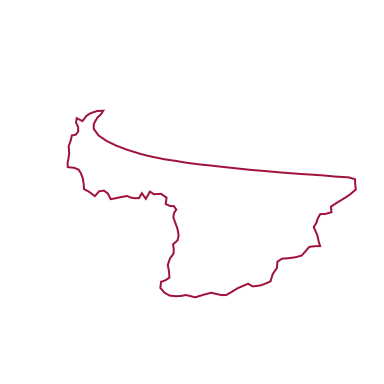 the district of Praia Grande, São Paulo, Brazil, rotated 213°
{"feature_id": "56859067B11159751681526", "entity_name": "Praia Grande", "entity_type": "district", "adm_level": 2, "iso_a3": "BRA", "parent_name": "Brazil", "parent_adm1": "São Paulo", "projection": "robinson", "projection_center": [-46.504, -24.018], "detail": "fine", "context": "isolated", "style": "outline", "palette": "rose", "viewbox_px": 384, "rotation_deg": 213, "n_neighbors": 0, "source": "geoboundaries", "source_scale": "gbopen_adm2", "svg_char_len": 1767}
<svg xmlns="http://www.w3.org/2000/svg" viewBox="0 0 384 384"><g transform="rotate(213 192 192)"><path d="M62.2,291.5L68.8,289.5L80.0,283.1L90.0,277.9L99.6,272.6L110.5,266.4L119.6,261.4L130.5,255.5L143.4,248.7L153.7,243.1L165.5,237.1L177.3,231.1L188.3,225.6L193.0,223.2L198.6,220.3L209.2,215.1L215.1,212.4L220.8,210.0L232.6,204.6L244.4,199.9L249.7,198.0L255.9,195.9L269.7,192.0L280.9,189.6L291.2,188.3L301.0,188.5L308.8,191.4L311.4,195.5L311.9,202.6L310.7,207.4L310.7,211.8L315.4,208.5L318.0,205.4L320.4,202.1L322.0,198.2L322.5,191.8L328.9,191.1L327.0,187.0L323.0,184.6L320.4,180.8L320.7,176.7L323.6,174.0L321.9,169.6L320.3,163.1L316.0,157.5L313.7,152.5L312.2,148.6L309.7,145.2L304.1,148.1L299.3,149.0L295.7,147.4L290.9,143.9L287.1,139.6L284.2,135.6L278.4,136.1L271.2,135.6L270.3,142.0L266.6,145.2L261.6,144.9L256.3,141.7L252.9,144.9L248.7,149.2L244.2,153.3L240.4,154.0L237.0,155.4L233.1,158.0L233.4,163.7L227.0,161.1L227.5,169.4L222.8,169.4L217.0,173.6L210.3,173.4L207.5,167.6L202.8,168.3L199.4,170.3L195.6,168.7L195.6,164.6L193.9,160.6L184.1,153.2L179.4,148.1L177.8,143.5L179.4,137.8L175.9,133.8L173.9,130.1L174.3,124.4L172.6,117.6L168.2,113.1L164.3,107.9L166.1,103.7L169.0,99.8L166.3,94.3L160.1,92.5L154.2,93.0L148.6,95.9L144.6,98.8L141.0,102.3L136.2,104.0L132.1,105.3L125.5,113.1L121.1,117.9L115.5,120.0L111.3,121.5L107.2,124.2L104.3,129.9L101.5,135.8L98.9,139.8L95.0,145.6L89.7,145.9L83.7,150.9L80.7,154.9L77.5,159.8L79.6,167.2L79.4,174.6L82.4,180.1L80.1,185.2L75.7,188.5L69.9,193.4L65.4,198.4L64.6,203.6L63.8,209.8L59.3,213.6L55.1,216.4L58.6,219.3L63.5,224.1L70.8,228.9L70.9,234.0L72.2,238.6L72.4,243.4L68.6,245.8L64.0,251.0L67.5,255.3L64.5,262.2L60.1,271.3L58.2,275.8L56.0,283.3L59.6,287.7L62.2,291.5Z" fill="none" stroke="#9f1239" stroke-width="2"/></g></svg>